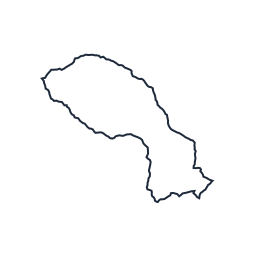 the district of Adamantina, São Paulo, Brazil, rotated 296°
{"feature_id": "56859067B23396794935323", "entity_name": "Adamantina", "entity_type": "district", "adm_level": 2, "iso_a3": "BRA", "parent_name": "Brazil", "parent_adm1": "São Paulo", "projection": "orthographic", "projection_center": [-51.067, -21.582], "detail": "fine", "context": "isolated", "style": "outline", "palette": "slate", "viewbox_px": 256, "rotation_deg": 296, "n_neighbors": 0, "source": "geoboundaries", "source_scale": "gbopen_adm2", "svg_char_len": 3074}
<svg xmlns="http://www.w3.org/2000/svg" viewBox="0 0 256 256"><g transform="rotate(296 128 128)"><path d="M167.5,50.0L165.9,49.9L164.0,50.4L161.4,49.6L159.7,48.4L158.4,47.6L156.9,46.6L155.2,45.5L153.4,44.6L151.1,42.8L151.4,40.6L149.4,38.6L148.6,37.0L147.7,35.5L146.7,33.5L144.6,33.0L141.1,32.0L138.4,31.6L136.9,31.6L135.9,30.4L134.7,28.9L133.9,30.6L133.1,32.0L131.7,32.8L130.6,34.1L129.2,35.4L127.3,36.7L127.1,39.6L125.7,41.4L124.2,42.4L122.6,44.0L120.8,45.8L120.6,47.6L119.9,49.8L121.2,51.5L121.3,54.2L122.4,57.1L121.4,59.2L120.5,60.9L121.6,62.9L120.3,63.8L120.1,65.7L119.3,67.2L118.1,68.3L116.9,69.5L115.7,71.5L115.6,73.8L114.2,75.3L114.5,77.3L114.9,79.1L113.4,81.7L112.7,85.0L112.9,87.3L112.1,89.1L111.1,91.2L110.6,93.5L111.2,95.0L111.3,97.0L109.9,99.2L109.4,100.9L110.6,102.9L112.0,105.0L112.5,107.1L112.3,108.6L111.9,110.5L111.6,112.5L111.7,114.3L111.0,116.3L111.7,118.7L113.2,120.0L115.0,120.5L116.3,121.8L117.6,123.4L118.2,125.4L118.8,127.0L120.1,128.3L121.6,129.6L122.8,131.7L123.8,133.5L123.5,135.4L123.7,138.1L124.0,140.9L124.0,143.9L123.4,146.0L122.1,147.3L120.9,148.7L120.0,151.1L119.5,153.0L119.0,154.4L116.6,155.7L114.2,157.1L112.2,157.4L109.9,157.4L109.1,159.6L108.9,161.6L107.5,163.2L105.0,164.0L103.1,164.5L101.3,164.9L99.6,165.3L98.1,166.0L97.2,167.4L95.3,168.3L93.8,168.8L91.6,168.5L89.6,169.3L87.1,169.7L84.9,170.7L83.1,170.8L81.4,172.3L81.8,174.9L81.9,176.7L80.4,177.7L78.7,178.4L77.4,179.5L76.9,181.6L75.9,183.1L74.5,184.1L74.2,185.7L74.5,187.2L76.2,187.5L78.1,188.4L78.9,190.0L80.1,191.8L81.8,192.9L83.7,193.9L86.0,195.5L88.3,195.2L89.4,197.0L90.2,201.2L89.1,204.0L91.1,205.0L93.1,205.7L94.1,207.1L95.7,209.1L97.3,210.9L98.9,212.7L100.5,215.3L98.2,215.3L97.3,218.4L96.2,220.5L96.1,222.8L97.9,222.2L99.8,221.7L101.6,221.9L103.5,223.0L105.1,223.6L106.6,224.6L108.5,224.7L110.0,224.9L111.7,224.9L114.2,226.3L115.9,226.5L117.6,227.1L117.3,224.2L117.3,222.6L117.6,220.8L117.3,217.1L118.6,216.1L119.9,214.3L120.8,212.0L122.7,211.8L123.5,210.2L122.9,208.4L121.7,206.7L120.8,204.5L122.6,203.7L124.6,203.9L126.4,203.1L130.2,202.0L134.0,199.5L136.9,199.0L138.1,197.1L139.5,196.7L140.8,195.7L142.1,195.1L144.1,194.4L145.2,191.7L144.7,189.3L145.0,187.7L144.9,185.5L144.9,183.4L145.4,181.0L145.7,178.5L145.9,176.1L145.5,174.1L145.6,171.2L145.6,168.9L145.9,166.9L147.1,164.8L148.2,163.3L150.0,161.7L152.2,160.8L153.8,159.5L155.3,158.4L156.9,157.2L157.0,155.5L158.4,153.8L159.6,151.8L160.2,149.9L160.5,147.9L161.2,146.4L161.8,144.4L163.6,143.2L164.7,142.1L165.4,140.5L167.3,139.3L169.2,137.9L170.8,136.0L172.5,134.2L174.6,132.9L174.8,130.8L174.3,129.2L174.3,127.5L175.2,125.8L176.1,124.1L177.3,122.1L178.1,120.1L178.1,118.5L177.1,117.0L176.8,114.9L177.1,112.4L176.7,109.5L179.0,107.0L180.7,106.4L181.3,104.9L181.2,102.5L181.1,100.8L180.9,98.5L181.8,95.9L181.4,94.0L180.4,92.0L181.0,89.7L181.3,87.2L181.5,85.1L181.1,83.4L181.2,81.0L180.2,78.2L180.8,76.5L181.2,74.5L179.4,72.5L180.2,70.4L179.5,67.7L178.7,66.2L178.4,64.3L177.4,62.4L176.2,60.4L175.4,57.9L173.4,56.2L171.8,54.0L170.3,53.2L168.7,52.1L167.5,50.0Z" fill="none" stroke="#1e293b" stroke-width="2"/></g></svg>